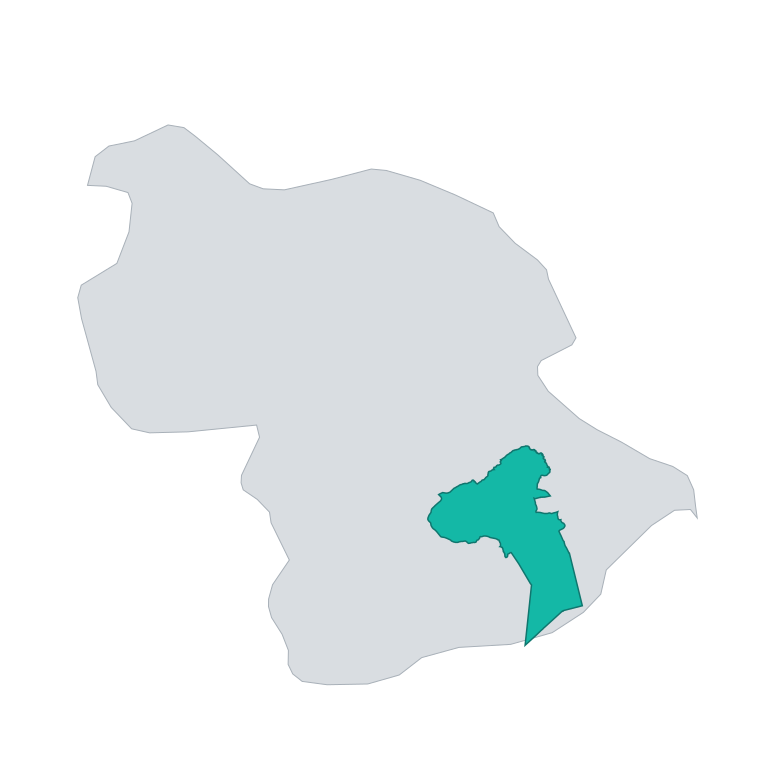 location of Gatsibo, Eastern, Rwanda, rotated 80°
{"feature_id": "39286606B53863210323147", "entity_name": "Gatsibo", "entity_type": "district", "adm_level": 2, "iso_a3": "RWA", "parent_name": "Rwanda", "parent_adm1": "Eastern", "projection": "robinson", "projection_center": [30.287, -1.667], "detail": "fine", "context": "in_parent", "style": "filled", "palette": "teal", "viewbox_px": 768, "rotation_deg": 80, "n_neighbors": 0, "source": "geoboundaries", "source_scale": "gbopen_adm2", "svg_char_len": 6935}
<svg xmlns="http://www.w3.org/2000/svg" viewBox="0 0 768 768"><g transform="rotate(80 384 384)"><path d="M299.8,204.1L309.3,203.8L371.9,186.9L378.1,192.2L388.2,225.1L393.5,229.8L402.2,231.0L419.7,223.5L451.9,197.8L466.0,182.1L482.5,160.2L503.6,135.4L515.4,113.9L526.9,101.2L542.0,97.4L558.7,98.4L570.4,98.8L560.8,104.0L558.8,119.8L569.8,145.1L605.7,197.4L628.6,207.0L643.5,227.3L658.1,261.6L662.4,304.5L656.4,356.0L660.0,394.4L673.2,419.5L676.6,452.1L670.3,492.2L662.7,516.2L653.7,524.2L643.5,527.1L629.7,524.4L612.8,527.8L594.5,535.3L583.0,536.4L575.8,535.0L562.3,528.6L540.9,507.8L501.1,519.3L490.3,519.0L475.6,528.9L463.8,541.0L456.5,541.9L449.2,540.2L414.8,515.8L402.3,516.6L397.1,585.2L391.4,623.3L384.3,640.3L359.7,656.7L335.0,666.0L321.5,665.4L267.1,670.5L245.8,670.6L234.1,665.0L218.8,626.1L189.9,608.7L162.3,600.7L151.0,602.9L141.0,623.3L136.9,641.5L110.0,629.0L101.9,613.6L101.2,587.5L91.4,551.7L96.8,536.5L107.4,526.7L129.6,507.8L163.5,481.6L170.8,469.1L175.5,448.4L173.4,400.0L170.1,359.2L174.1,344.7L189.6,313.1L210.3,280.8L234.5,246.7L249.1,243.3L268.2,230.4L288.5,211.3L299.8,204.1Z" fill="#d9dde1" stroke="#a8b0b8" stroke-width="1"/><path d="M502.4,349.4L504.7,347.8L505.5,347.3L506.3,347.2L506.9,347.2L507.8,347.6L508.7,348.4L509.2,349.0L510.3,351.0L512.8,355.1L513.0,355.2L514.4,357.4L515.3,358.6L515.9,359.0L516.7,359.4L518.6,360.0L521.0,362.4L523.6,364.0L524.8,364.3L525.3,364.3L526.6,363.8L528.8,362.2L531.5,362.2L532.5,361.9L534.0,361.3L535.1,360.6L536.5,359.2L538.3,357.9L544.1,354.7L544.7,353.8L545.6,351.1L546.8,349.0L549.1,345.7L549.5,345.3L550.3,344.9L551.8,342.6L552.0,341.9L552.4,341.1L552.7,339.5L552.8,338.9L552.5,337.5L552.5,335.8L552.4,335.6L552.7,334.2L552.7,331.3L553.0,330.8L553.9,329.9L554.4,329.5L554.8,329.3L555.6,328.5L555.7,326.7L555.5,325.7L555.6,324.3L555.5,323.4L555.8,322.6L555.8,321.4L555.6,320.8L554.1,319.7L553.9,319.2L553.8,318.1L552.9,317.2L552.7,316.8L551.4,316.2L551.0,315.5L551.2,315.2L551.3,314.5L551.3,313.8L551.0,311.9L551.3,310.9L551.4,310.0L551.5,309.8L552.4,307.7L553.6,306.2L555.7,300.8L556.8,299.2L557.2,299.0L557.4,298.6L557.5,298.0L558.1,297.8L559.1,297.7L561.2,297.0L563.4,297.3L563.9,297.6L564.2,298.0L564.3,297.6L564.5,297.6L564.7,297.0L565.4,296.4L565.5,295.9L566.1,295.8L566.5,295.6L568.0,295.6L569.4,295.4L569.8,295.6L570.3,295.2L571.2,295.0L571.7,294.6L575.0,294.8L575.3,294.5L575.7,294.4L576.1,294.1L575.9,293.1L575.5,292.5L574.7,292.0L573.5,291.9L573.0,291.5L572.7,290.2L572.3,289.5L572.0,288.3L572.1,288.0L584.5,282.5L605.9,274.5L607.5,273.6L665.8,290.4L657.7,277.6L654.2,272.4L652.7,269.9L652.0,269.2L651.8,268.6L651.4,268.0L638.8,248.1L638.9,247.8L638.9,247.3L638.6,246.8L638.3,246.8L636.8,227.2L582.8,230.8L582.8,231.1L577.3,232.7L574.5,233.8L571.2,234.1L570.5,234.0L569.2,234.8L563.8,236.1L562.2,236.6L559.3,237.3L558.6,236.5L558.4,236.1L557.5,232.9L556.7,231.6L555.3,230.5L554.8,230.4L553.9,230.5L552.3,231.3L551.7,232.4L551.1,232.9L550.0,233.4L549.3,233.6L548.8,233.6L548.3,233.4L548.3,234.5L548.1,234.9L547.9,235.3L547.4,235.8L546.2,236.0L544.8,235.9L543.1,236.1L540.9,235.5L539.9,235.0L540.3,237.1L540.4,239.3L540.7,241.3L540.5,242.0L540.0,242.8L539.7,243.5L539.7,244.2L539.9,245.5L539.4,248.4L538.9,249.7L537.6,252.6L536.9,255.5L536.9,256.4L536.3,256.6L535.5,256.5L535.2,256.1L534.2,255.3L533.5,255.0L532.9,255.0L531.6,255.0L529.7,255.3L528.8,255.7L528.2,255.7L527.4,255.5L522.6,256.0L523.2,255.1L523.2,254.8L522.8,250.5L522.9,249.7L522.7,249.5L523.3,245.2L523.1,239.7L519.4,241.7L517.3,243.7L516.7,244.5L516.3,246.3L514.8,248.9L514.2,250.8L514.1,251.4L513.2,251.4L512.7,251.3L511.7,250.9L511.1,250.9L509.9,250.5L509.2,250.4L508.7,250.2L508.2,249.6L506.8,248.6L505.8,248.2L505.3,247.8L504.8,247.7L503.8,247.2L503.5,245.9L503.3,245.8L502.3,245.9L501.6,245.3L501.3,244.9L501.3,244.4L501.4,243.9L501.8,242.8L502.1,242.3L502.2,240.6L502.1,239.6L501.2,238.3L500.6,237.6L499.9,236.2L499.5,236.2L499.2,235.9L498.4,235.7L498.1,236.0L497.8,235.9L497.3,235.5L497.2,235.2L496.9,235.1L496.7,235.5L496.6,235.9L496.0,235.8L495.8,236.0L495.5,236.0L495.1,235.8L494.8,236.1L494.5,236.2L494.4,236.1L494.2,236.4L494.3,236.7L494.4,237.3L494.3,237.5L493.6,237.0L493.2,237.1L492.9,237.3L491.6,237.7L490.6,237.8L490.3,238.1L490.1,238.2L489.4,238.3L488.9,239.1L488.3,239.3L488.2,239.3L488.0,239.1L487.7,238.4L487.2,238.6L486.9,238.5L486.7,238.6L486.4,238.6L486.4,238.9L486.2,239.1L485.8,239.3L485.5,239.8L485.3,240.0L485.1,240.0L484.6,240.1L484.5,239.7L484.3,239.7L483.8,239.2L483.5,239.3L483.3,239.2L483.1,239.6L482.4,239.7L482.1,240.3L481.8,240.5L481.7,240.4L481.7,240.5L481.4,240.5L481.5,240.3L481.5,240.2L481.1,240.1L480.9,240.3L480.9,240.2L480.7,240.2L480.3,240.2L480.2,240.4L480.3,240.5L479.7,240.9L479.7,240.7L479.3,241.0L479.1,242.0L479.6,242.8L479.5,243.0L479.7,243.5L479.4,244.1L479.2,244.1L479.1,244.4L478.9,244.6L478.8,245.1L478.4,245.4L478.2,245.7L477.9,245.9L477.7,245.8L477.2,246.0L477.2,245.9L476.9,246.2L476.3,246.0L476.1,246.1L475.9,246.8L475.8,246.6L475.3,247.1L475.1,247.0L474.9,247.1L474.7,247.4L474.5,248.2L474.7,248.8L474.6,249.0L474.8,249.4L474.6,250.0L474.4,250.0L474.2,250.3L474.1,251.1L473.6,251.4L473.3,251.4L472.8,251.8L472.5,251.8L472.1,251.9L471.9,251.8L471.6,251.9L471.6,252.1L471.4,252.1L470.9,252.2L470.4,252.9L470.1,253.1L470.0,254.0L469.9,254.1L469.9,254.6L469.6,255.0L469.9,255.9L469.9,258.6L469.8,259.3L470.0,259.6L470.1,260.2L471.1,261.5L471.2,262.1L471.5,262.7L471.7,263.6L471.6,264.4L471.8,264.9L471.7,266.4L471.8,267.0L472.1,267.5L471.9,267.9L472.0,268.5L472.5,269.4L472.7,269.5L473.1,270.4L473.6,270.9L473.7,271.9L474.8,273.6L474.9,274.4L475.5,275.6L475.8,276.1L476.3,276.6L476.7,277.4L477.0,277.5L477.4,278.0L477.6,279.2L478.1,280.0L478.2,280.5L478.4,280.7L478.7,281.3L478.8,282.1L479.4,281.6L479.7,281.7L480.0,282.4L480.0,282.5L480.5,282.6L480.9,283.1L481.3,283.0L482.2,282.6L482.8,282.8L483.4,283.7L483.6,284.5L483.7,285.0L483.8,285.5L483.6,286.1L483.6,286.3L483.9,286.8L483.9,287.1L484.3,287.6L484.7,287.7L485.0,288.3L485.1,288.2L485.2,288.3L485.2,288.8L485.1,289.1L485.2,289.3L485.5,289.6L485.5,289.9L485.3,290.2L486.3,290.9L486.9,290.7L487.4,290.4L487.3,291.5L487.5,292.6L488.3,294.0L488.3,294.9L488.4,295.9L488.7,296.3L489.1,296.4L489.3,296.7L489.9,296.7L490.9,297.4L491.7,297.3L492.8,298.0L493.8,300.1L494.4,300.6L495.3,301.8L495.7,302.3L495.6,302.8L495.7,304.0L496.0,304.5L496.9,305.4L497.1,306.4L497.9,307.9L497.9,308.2L498.2,308.5L498.5,309.1L498.7,309.4L498.6,309.6L497.3,310.8L496.3,311.1L496.0,311.7L495.9,311.5L494.3,312.6L494.1,313.0L494.1,313.8L494.5,314.1L494.7,314.5L495.2,314.8L495.6,315.7L495.7,316.4L495.9,316.9L495.8,317.3L495.9,317.5L496.4,319.0L496.4,319.7L496.2,320.9L495.9,321.4L496.1,322.7L496.0,323.4L496.2,324.1L496.5,325.3L496.4,325.9L496.7,327.2L497.4,328.6L497.5,329.1L497.7,329.5L497.8,330.1L498.2,330.9L498.3,331.4L498.6,331.9L498.7,332.4L498.7,332.8L498.9,333.2L502.0,337.9L502.4,340.2L502.3,341.7L501.1,345.1L501.9,348.1L502.4,349.4Z" fill="#14b8a6" stroke="#0f766e" stroke-width="1.5"/></g></svg>